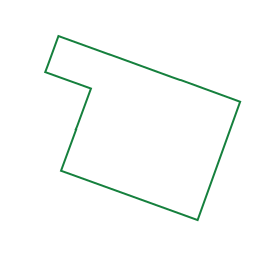 the district of Boundary, Idaho, United States of America, rotated 20°
{"feature_id": "52423323B63721358154647", "entity_name": "Boundary", "entity_type": "district", "adm_level": 2, "iso_a3": "USA", "parent_name": "United States of America", "parent_adm1": "Idaho", "projection": "equal_earth", "projection_center": [-116.64, 48.751], "detail": "fine", "context": "isolated", "style": "outline", "palette": "green", "viewbox_px": 256, "rotation_deg": 20, "n_neighbors": 0, "source": "geoboundaries", "source_scale": "gbopen_adm2", "svg_char_len": 349}
<svg xmlns="http://www.w3.org/2000/svg" viewBox="0 0 256 256"><g transform="rotate(20 128 128)"><path d="M31.2,65.4L31.2,96.7L31.1,103.8L79.7,103.6L79.6,144.1L79.4,147.2L79.8,147.2L79.7,191.1L224.9,190.7L224.9,187.3L224.4,65.0L161.5,64.9L160.2,65.1L152.0,65.2L85.3,65.2L85.3,65.3L31.2,65.4Z" fill="none" stroke="#15803d" stroke-width="2"/></g></svg>